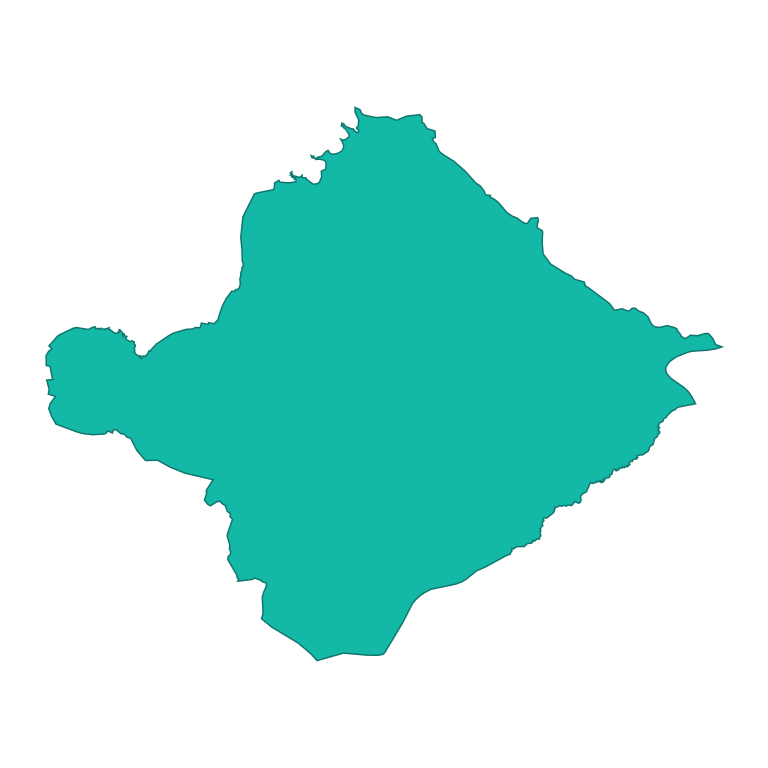 outline of Don Chan, Kalasin, Thailand
{"feature_id": "78962969B80521164752578", "entity_name": "Don Chan", "entity_type": "district", "adm_level": 2, "iso_a3": "THA", "parent_name": "Thailand", "parent_adm1": "Kalasin", "projection": "mercator", "projection_center": [103.693, 16.477], "detail": "fine", "context": "isolated", "style": "filled", "palette": "teal", "viewbox_px": 768, "rotation_deg": 0, "n_neighbors": 0, "source": "geoboundaries", "source_scale": "gbopen_adm2", "svg_char_len": 6103}
<svg xmlns="http://www.w3.org/2000/svg" viewBox="0 0 768 768"><path d="M721.9,346.9L715.7,344.6L712.7,338.4L709.0,334.1L707.9,333.5L704.3,333.7L697.5,335.8L690.5,335.2L686.2,338.2L685.0,338.5L681.5,336.6L679.8,333.5L677.8,331.3L676.7,328.7L674.4,327.6L667.3,325.6L659.2,327.5L654.7,326.7L652.7,325.3L650.8,323.1L648.2,317.1L643.3,312.7L639.0,311.3L635.2,308.2L632.1,308.3L629.2,311.0L626.9,310.7L622.1,308.8L614.6,310.3L609.5,303.5L587.9,287.3L584.8,285.6L585.1,284.3L584.3,283.2L584.4,282.1L574.2,279.2L571.9,276.3L565.0,273.0L550.6,264.1L543.1,253.8L542.1,241.8L542.7,231.8L542.1,230.6L537.3,228.0L537.4,224.1L538.4,221.1L537.6,217.6L530.7,218.4L527.4,223.4L526.4,223.6L523.0,222.5L516.9,218.0L512.1,216.1L506.8,212.5L498.3,202.4L493.7,198.9L490.1,197.2L490.5,195.4L486.0,195.0L484.6,192.8L484.4,191.5L480.4,186.0L476.0,183.2L464.8,170.8L453.6,161.1L443.3,154.7L439.2,151.4L436.1,143.8L434.0,142.2L432.2,138.2L435.3,137.6L435.0,131.0L427.1,128.6L423.9,123.5L422.1,122.3L421.9,116.8L419.9,114.7L406.6,116.1L396.6,120.3L387.8,116.8L376.3,117.6L363.9,115.1L361.6,113.3L360.1,109.8L355.1,107.4L355.0,110.7L355.6,113.3L358.7,119.7L358.3,125.6L356.5,127.8L356.8,128.7L358.7,129.9L358.4,132.0L358.0,132.7L357.3,132.6L354.1,130.7L353.5,129.0L351.6,128.9L345.1,126.1L344.2,124.3L341.9,123.0L341.9,122.4L341.7,123.3L343.2,124.2L341.7,124.6L341.3,125.9L343.3,126.7L343.6,127.8L345.4,128.8L349.2,134.7L348.9,136.9L345.4,139.6L342.9,140.1L340.7,139.2L342.3,141.7L343.7,145.7L343.3,148.2L341.9,151.0L338.2,153.2L333.5,154.3L330.8,153.8L329.3,152.5L328.5,150.6L327.7,150.5L326.0,151.5L321.9,156.1L317.2,157.4L316.0,159.2L314.4,157.4L312.7,157.5L313.1,156.2L312.3,156.4L311.8,156.7L311.8,156.0L311.2,155.7L311.7,156.9L313.0,156.4L312.1,157.6L313.1,157.8L312.7,158.4L314.1,157.5L315.9,159.4L319.6,159.2L323.8,160.1L325.5,161.5L326.1,163.1L325.8,168.7L324.8,169.7L321.3,171.2L321.7,176.7L319.4,182.3L317.0,183.8L313.2,184.2L306.7,179.5L305.8,177.6L303.9,178.1L302.2,177.3L302.1,175.3L300.4,177.0L298.9,177.3L294.2,175.9L293.5,176.2L292.7,175.5L292.6,174.3L291.6,173.9L291.5,172.4L292.5,171.3L290.4,172.8L291.4,174.2L290.5,174.9L291.9,175.1L291.5,176.2L292.3,177.4L294.7,177.8L294.4,179.1L295.3,178.6L295.9,178.9L296.0,181.8L288.8,182.9L280.0,182.2L278.9,180.3L274.6,182.9L274.4,187.2L273.6,189.6L256.0,193.2L254.3,194.1L242.9,216.9L240.8,237.3L242.0,250.5L242.3,261.3L243.5,264.4L241.8,268.5L242.0,270.2L240.9,272.4L240.7,276.2L239.9,278.6L240.3,284.0L239.4,287.4L238.0,289.3L235.4,289.7L234.9,291.4L231.8,291.1L226.3,298.4L222.2,306.4L217.7,320.2L214.1,323.7L208.6,322.7L208.1,324.4L201.4,323.1L200.1,327.8L195.3,327.5L193.2,328.9L186.0,329.4L173.6,333.1L170.1,334.8L156.5,344.0L151.1,349.8L150.5,351.2L149.0,350.8L147.3,354.4L146.2,355.0L145.8,356.5L143.3,355.9L141.6,358.7L140.0,357.6L141.1,356.2L140.1,355.7L139.3,356.3L136.0,354.3L134.4,352.2L134.8,351.1L134.4,347.8L135.4,346.3L135.0,344.6L134.2,344.3L134.3,342.0L131.9,340.7L130.3,341.7L126.1,339.4L125.7,338.2L126.7,337.3L126.8,336.4L124.4,335.8L124.3,334.5L122.8,336.2L122.3,334.7L123.1,333.7L120.0,329.8L119.1,329.9L119.7,331.1L118.7,331.6L118.6,332.6L117.7,332.4L117.4,333.3L116.4,333.5L113.1,332.4L112.1,331.1L111.0,331.1L110.3,329.7L109.1,329.5L109.0,327.6L106.4,329.0L105.2,328.7L104.3,329.7L101.5,328.2L99.9,329.4L98.9,328.3L96.0,329.0L95.3,326.9L93.0,327.1L88.4,329.5L76.9,327.6L73.8,328.0L59.9,334.6L57.5,336.2L49.0,345.9L51.9,349.0L48.7,351.2L46.1,355.6L46.3,365.6L48.9,365.7L50.2,367.3L52.6,379.6L46.7,380.1L49.2,389.3L48.3,394.1L55.5,396.4L50.3,403.4L48.7,408.6L51.8,416.7L56.0,424.1L76.9,431.9L83.4,433.6L92.4,434.7L104.1,434.0L105.9,433.4L107.9,430.9L112.3,433.0L113.7,429.6L116.3,429.8L120.9,433.7L124.6,434.3L127.0,437.2L130.7,438.1L136.8,450.4L145.5,460.5L157.5,460.2L170.3,467.2L185.1,473.2L213.1,479.7L206.4,490.2L206.5,494.0L204.4,500.1L207.9,504.4L210.4,505.8L216.6,501.9L220.1,501.2L221.8,503.3L225.5,505.8L227.4,511.6L230.6,513.6L229.9,516.4L232.5,519.4L227.6,533.3L227.2,536.1L229.8,544.8L229.5,548.9L230.6,551.9L230.2,554.7L228.2,556.6L227.8,559.5L236.9,575.2L237.1,577.5L238.6,579.0L237.7,581.2L252.5,579.4L254.5,578.0L261.0,580.4L262.3,581.8L266.5,583.1L266.1,586.7L263.6,592.4L262.3,597.5L263.1,613.4L261.5,618.8L272.3,627.5L298.1,643.0L310.9,653.8L317.0,660.6L343.4,653.1L366.3,655.1L377.9,655.3L382.9,654.4L384.7,652.7L402.8,622.5L412.3,603.8L415.6,599.7L419.9,595.8L424.0,592.9L430.8,589.3L456.0,584.0L461.9,581.8L465.6,579.6L476.8,570.7L485.5,566.9L506.5,555.5L510.4,554.1L510.3,553.0L511.9,551.1L511.6,548.5L513.8,548.9L515.2,547.5L517.4,546.6L524.2,546.6L527.4,543.6L532.0,542.9L533.0,540.4L534.2,541.3L536.8,539.1L539.5,539.0L539.4,537.6L540.8,535.8L540.1,532.3L540.9,530.9L539.8,528.7L540.9,528.2L541.4,526.4L542.7,525.8L542.4,523.2L542.7,521.5L543.7,521.1L543.9,520.3L543.2,518.5L544.7,517.8L546.7,518.1L553.2,512.9L554.3,511.3L554.1,509.6L555.1,508.8L554.7,507.4L558.2,506.7L559.2,505.7L561.7,506.2L564.1,505.3L566.3,506.2L567.8,505.0L571.8,505.5L575.0,501.4L578.2,503.2L579.9,502.7L581.0,500.8L580.6,495.7L583.4,493.3L586.5,491.8L590.2,482.9L592.9,483.4L595.1,482.7L596.1,481.5L596.8,482.2L598.7,481.0L599.9,481.8L599.7,481.0L600.3,480.7L601.5,480.9L601.2,482.4L602.9,482.1L604.3,480.6L604.3,479.7L603.5,479.5L603.9,478.8L606.0,478.5L606.7,477.5L608.4,477.8L610.0,476.5L609.9,474.8L612.2,473.8L612.0,472.6L613.4,469.4L616.1,469.4L615.6,470.5L616.3,470.8L618.6,469.8L618.9,468.6L619.6,468.6L620.1,467.6L621.9,468.1L622.5,467.0L624.5,467.6L624.8,466.6L627.3,466.7L627.1,465.5L628.4,465.9L629.9,464.5L629.0,463.4L629.8,461.6L632.4,461.4L632.9,459.6L635.6,458.7L636.6,459.1L636.8,457.6L637.7,457.5L636.8,456.1L640.1,454.8L642.1,455.1L648.1,451.2L649.0,449.9L649.3,447.4L651.3,445.3L652.8,444.9L654.9,438.2L657.3,436.8L657.9,434.5L659.7,433.0L659.6,431.4L657.9,430.1L659.6,427.5L657.8,426.8L659.8,422.7L662.7,421.5L663.8,418.8L666.6,417.0L666.9,415.9L672.0,411.0L675.1,409.7L677.5,407.3L695.6,403.7L691.9,396.8L688.5,391.8L684.0,387.6L670.3,377.9L666.4,372.9L665.7,369.6L666.1,366.7L669.4,361.7L675.8,357.1L687.8,352.2L692.4,351.2L707.3,350.2L716.0,348.8L721.9,346.9Z" fill="#14b8a6" stroke="#0f766e" stroke-width="1.5"/></svg>